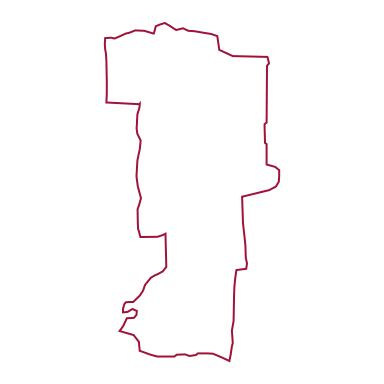 the district of Ak Bugday, Ahal, Turkmenistan
{"feature_id": "10190150B31923585689840", "entity_name": "Ak Bugday", "entity_type": "district", "adm_level": 2, "iso_a3": "TKM", "parent_name": "Turkmenistan", "parent_adm1": "Ahal", "projection": "mercator", "projection_center": [58.565, 38.864], "detail": "fine", "context": "isolated", "style": "outline", "palette": "rose", "viewbox_px": 384, "rotation_deg": 0, "n_neighbors": 0, "source": "geoboundaries", "source_scale": "gbopen_adm2", "svg_char_len": 2387}
<svg xmlns="http://www.w3.org/2000/svg" viewBox="0 0 384 384"><path d="M216.5,35.8L211.2,34.0L201.4,32.4L194.4,31.2L188.5,30.8L188.3,30.8L184.7,29.1L183.0,28.3L176.1,30.0L169.2,25.5L164.7,23.0L161.3,24.1L160.6,24.3L156.6,25.9L155.7,26.3L155.7,26.5L155.1,28.9L154.8,30.1L153.7,33.6L149.6,32.4L144.3,30.8L135.3,30.4L129.2,32.8L125.6,33.6L124.0,34.4L122.8,34.9L120.3,36.1L114.8,38.4L114.6,38.5L113.9,38.4L111.3,37.7L105.2,38.1L105.1,39.5L105.0,41.1L104.8,44.2L105.0,46.9L105.2,49.5L106.0,53.8L106.0,54.0L106.4,61.4L106.4,61.7L106.8,81.3L106.8,92.7L106.7,96.3L106.4,101.8L106.4,102.5L106.7,102.5L139.4,104.2L139.5,104.1L139.8,103.7L139.8,104.1L139.4,107.8L137.4,114.3L137.0,121.5L137.0,122.9L136.6,128.2L137.2,132.9L137.4,133.9L140.5,140.2L140.6,140.4L140.5,142.3L139.8,149.0L137.4,160.4L136.8,170.9L136.5,175.9L136.5,176.3L137.8,186.4L141.0,198.2L140.8,198.7L139.1,205.0L137.6,209.1L137.6,211.1L137.8,221.9L138.1,229.0L138.9,231.3L139.7,234.4L140.4,236.8L140.4,237.0L157.4,236.8L158.4,236.5L162.9,235.0L165.5,233.7L165.5,234.7L166.3,267.0L163.6,270.3L162.6,271.5L157.4,274.3L155.3,275.1L152.4,276.8L150.9,277.7L145.1,284.8L143.5,289.3L143.1,290.5L140.7,294.3L139.9,295.5L133.6,301.6L133.1,302.0L130.3,302.0L129.5,302.0L125.8,302.3L125.6,302.6L124.3,304.2L124.3,304.3L123.0,308.8L123.0,312.4L127.7,311.9L128.1,311.6L132.4,309.0L136.6,310.8L136.8,310.9L136.5,314.8L133.9,317.9L127.3,318.2L126.9,318.2L123.3,325.8L123.2,326.0L122.5,327.0L119.6,331.0L124.0,332.3L133.7,335.1L138.9,341.9L139.7,350.8L150.6,354.7L157.1,356.5L174.4,356.5L176.7,354.7L185.1,354.4L189.5,356.0L196.0,355.0L197.8,353.4L207.2,353.4L213.0,353.7L220.8,357.0L228.2,360.4L229.4,361.0L230.7,354.4L231.9,346.3L232.8,343.0L232.7,342.1L232.3,336.4L231.9,330.4L233.2,323.2L233.6,321.0L233.6,320.3L234.0,299.0L234.1,294.3L234.4,286.8L235.2,278.6L236.4,270.1L236.8,270.0L246.2,268.8L247.0,263.5L245.8,257.8L245.4,245.6L244.6,237.5L243.8,230.5L243.0,223.2L242.5,208.7L242.1,196.7L242.5,196.6L265.9,190.9L269.0,190.2L276.0,186.5L278.8,181.6L278.9,180.7L279.2,175.9L279.2,171.3L279.2,170.2L278.6,169.7L276.2,167.7L275.2,166.9L266.6,164.5L266.6,144.1L265.3,143.2L265.0,142.9L265.0,142.6L264.8,135.0L264.6,127.1L264.6,124.7L264.6,124.1L266.6,122.5L267.0,67.1L267.0,65.8L269.0,63.4L268.2,59.7L267.4,56.9L267.0,56.9L241.9,56.3L232.8,56.1L219.3,49.9L218.4,43.7L217.3,36.1L216.5,35.8Z" fill="none" stroke="#9f1239" stroke-width="2"/></svg>